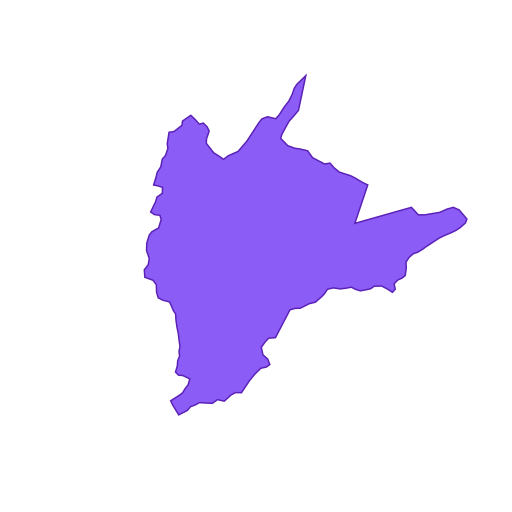 the district of Ipaumirim, Ceará, Brazil, rotated 128°
{"feature_id": "56859067B32176029427758", "entity_name": "Ipaumirim", "entity_type": "district", "adm_level": 2, "iso_a3": "BRA", "parent_name": "Brazil", "parent_adm1": "Ceará", "projection": "mercator", "projection_center": [-38.742, -6.809], "detail": "fine", "context": "isolated", "style": "filled", "palette": "violet", "viewbox_px": 512, "rotation_deg": 128, "n_neighbors": 0, "source": "geoboundaries", "source_scale": "gbopen_adm2", "svg_char_len": 2254}
<svg xmlns="http://www.w3.org/2000/svg" viewBox="0 0 512 512"><g transform="rotate(128 256 256)"><path d="M212.0,400.7L222.3,395.0L225.4,391.7L232.6,389.2L237.4,389.5L244.4,385.9L250.8,385.4L255.7,383.2L263.1,380.4L261.0,376.3L259.5,371.9L264.2,368.4L270.4,370.3L275.3,368.5L286.2,366.1L285.9,361.5L283.1,356.8L285.6,353.2L293.9,350.0L301.0,353.0L305.2,353.0L313.1,350.0L319.1,345.6L323.8,338.5L329.1,335.6L335.7,335.5L341.2,330.5L338.5,322.1L340.1,316.8L345.8,312.0L349.2,307.3L348.2,302.3L345.4,295.8L347.9,291.1L349.9,287.5L351.2,283.6L355.8,279.6L360.8,274.4L365.1,269.3L369.8,264.7L374.1,260.2L378.5,258.0L382.1,254.5L386.6,253.3L391.3,250.2L397.0,248.0L397.6,243.7L395.3,240.2L393.6,232.5L399.3,230.2L404.2,230.2L409.0,229.6L413.4,230.8L417.8,232.4L422.6,234.1L424.8,229.6L426.3,225.6L428.8,219.1L419.9,215.0L415.0,214.8L411.0,212.3L406.4,210.3L399.0,199.7L392.9,197.9L389.9,191.6L380.9,190.1L376.3,188.1L372.7,183.3L358.0,184.4L349.7,184.2L341.5,183.1L337.2,179.5L333.0,178.3L330.0,183.3L329.6,189.7L324.7,195.6L318.2,195.9L312.9,195.4L308.4,190.4L277.5,196.1L273.3,193.0L269.8,188.9L261.0,184.8L255.9,180.8L247.6,179.2L243.6,178.8L238.2,179.2L233.5,175.4L230.0,169.3L225.7,165.0L221.9,161.7L221.0,157.2L219.2,152.3L215.0,148.6L211.4,145.6L207.0,144.2L202.3,138.5L201.1,132.0L200.6,126.1L196.4,125.9L192.9,130.0L187.7,129.5L183.5,127.3L179.5,126.4L172.9,130.2L168.5,134.0L162.9,134.5L157.5,133.5L153.3,130.8L148.2,128.9L143.9,127.7L138.1,125.7L129.4,122.8L123.8,120.1L117.8,116.7L112.7,114.2L108.4,112.7L101.0,111.3L97.0,112.6L94.6,124.3L96.2,130.5L101.5,134.4L108.4,138.0L119.8,148.5L123.6,153.4L122.0,163.5L169.4,198.2L131.2,211.7L132.5,217.5L133.6,226.3L134.4,230.5L138.6,242.1L138.4,249.0L137.2,254.8L141.3,258.7L143.7,272.0L141.3,280.1L144.6,287.2L147.3,292.0L149.5,298.9L148.1,309.1L143.4,310.7L129.6,312.9L123.6,312.5L115.1,312.2L83.2,327.8L95.5,329.5L100.3,329.1L106.6,326.9L114.0,325.5L121.1,325.5L130.7,324.6L135.7,325.0L139.2,332.7L144.4,335.8L149.3,335.8L171.2,333.9L184.6,334.5L193.9,339.5L199.8,341.1L200.0,345.4L200.7,353.0L197.8,364.5L194.2,367.1L186.4,369.8L184.3,374.1L183.7,379.3L187.0,381.9L185.9,387.8L185.3,394.0L194.9,397.0L198.7,394.8L208.5,397.3L212.0,400.7Z" fill="#8b5cf6" stroke="#5b21b6" stroke-width="1.5"/></g></svg>